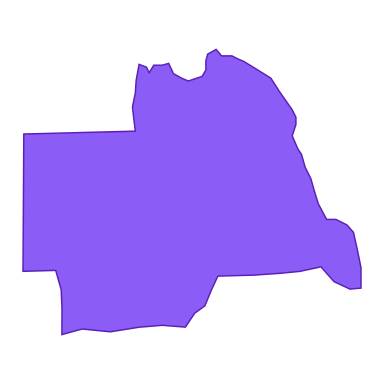 outline of Darganata, Chardzhou, Turkmenistan
{"feature_id": "10190150B50164786179090", "entity_name": "Darganata", "entity_type": "district", "adm_level": 2, "iso_a3": "TKM", "parent_name": "Turkmenistan", "parent_adm1": "Chardzhou", "projection": "mercator", "projection_center": [61.431, 40.609], "detail": "fine", "context": "isolated", "style": "filled", "palette": "violet", "viewbox_px": 384, "rotation_deg": 0, "n_neighbors": 0, "source": "geoboundaries", "source_scale": "gbopen_adm2", "svg_char_len": 1108}
<svg xmlns="http://www.w3.org/2000/svg" viewBox="0 0 384 384"><path d="M139.1,64.4L136.2,80.1L135.3,93.1L133.2,103.5L132.5,107.0L133.1,112.7L133.6,117.0L135.3,131.2L135.1,131.2L133.4,131.2L23.8,134.0L23.0,271.3L55.7,270.4L61.2,289.8L62.0,308.5L61.9,334.6L71.9,331.8L82.3,329.0L107.3,331.5L109.3,331.7L110.2,331.8L115.3,331.0L139.9,327.1L145.6,326.7L162.2,325.3L181.3,326.8L185.0,327.1L185.4,327.1L194.7,313.2L204.9,305.8L210.6,292.0L211.4,290.0L217.9,276.1L218.0,276.1L254.2,275.1L280.2,273.3L299.7,271.4L300.7,271.2L321.0,266.8L326.6,273.3L332.3,279.7L334.0,281.6L335.2,282.2L347.4,287.9L349.8,289.1L361.0,288.1L361.0,287.6L361.0,267.7L357.2,249.1L353.5,232.4L347.0,225.0L335.9,219.4L326.6,219.4L318.2,203.6L314.5,191.5L310.8,178.5L305.2,167.4L301.5,154.4L297.8,148.8L292.2,135.8L295.9,124.7L295.9,117.2L292.2,109.8L279.2,91.2L270.9,78.2L256.0,68.9L243.9,61.5L237.4,58.7L231.9,55.9L221.6,55.9L216.1,49.4L207.7,54.1L205.9,60.6L205.9,69.9L202.1,76.4L188.2,81.0L181.7,78.2L173.4,73.6L168.7,63.4L162.2,65.2L153.8,65.2L149.2,72.7L146.4,67.1L139.1,64.4Z" fill="#8b5cf6" stroke="#5b21b6" stroke-width="1.5"/></svg>